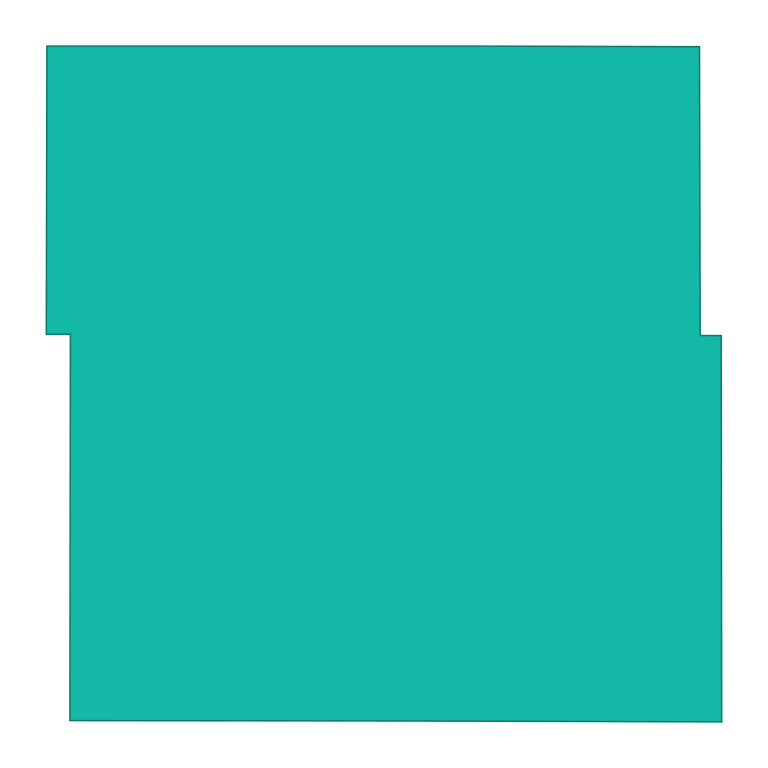 the district of Barnes, North Dakota, United States of America
{"feature_id": "52423323B70837081191712", "entity_name": "Barnes", "entity_type": "district", "adm_level": 2, "iso_a3": "USA", "parent_name": "United States of America", "parent_adm1": "North Dakota", "projection": "equal_earth", "projection_center": [-98.096, 46.935], "detail": "fine", "context": "isolated", "style": "filled", "palette": "teal", "viewbox_px": 768, "rotation_deg": 0, "n_neighbors": 0, "source": "geoboundaries", "source_scale": "gbopen_adm2", "svg_char_len": 255}
<svg xmlns="http://www.w3.org/2000/svg" viewBox="0 0 768 768"><path d="M46.9,46.1L46.3,334.3L70.4,334.3L69.9,720.6L418.8,721.0L721.7,721.9L721.2,335.6L700.2,335.5L699.5,46.7L480.8,46.1L46.9,46.1Z" fill="#14b8a6" stroke="#0f766e" stroke-width="1.5"/></svg>